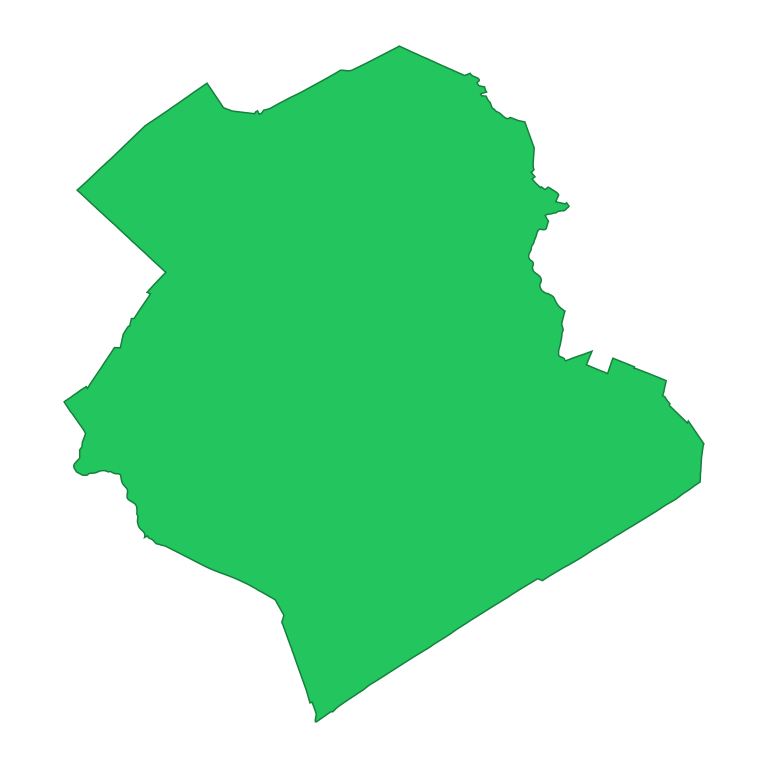 the district of Phung Hiep, Hau Giang, Vietnam
{"feature_id": "81297802B32262425524101", "entity_name": "Phung Hiep", "entity_type": "district", "adm_level": 2, "iso_a3": "VNM", "parent_name": "Vietnam", "parent_adm1": "Hau Giang", "projection": "orthographic", "projection_center": [105.705, 9.788], "detail": "fine", "context": "isolated", "style": "filled", "palette": "green", "viewbox_px": 768, "rotation_deg": 0, "n_neighbors": 0, "source": "geoboundaries", "source_scale": "gbopen_adm2", "svg_char_len": 6031}
<svg xmlns="http://www.w3.org/2000/svg" viewBox="0 0 768 768"><path d="M476.7,77.6L472.6,75.9L471.0,74.6L470.1,73.3L464.6,75.5L440.2,64.7L427.8,59.0L420.8,56.0L417.0,54.2L410.7,51.4L399.3,46.1L396.6,47.6L376.6,57.9L374.2,59.1L365.9,63.4L355.2,68.6L352.3,70.1L349.6,70.8L348.6,70.9L344.0,70.4L341.6,70.2L340.6,70.2L333.9,74.2L324.3,79.6L300.1,92.8L293.3,96.1L290.1,97.6L282.9,101.5L280.0,102.9L272.2,107.2L270.2,108.4L265.7,109.8L263.6,110.2L262.6,111.9L262.0,112.7L261.2,113.4L259.3,114.4L258.0,111.6L257.5,110.8L255.8,111.8L255.3,112.3L254.6,113.7L232.5,111.1L224.9,108.3L223.3,107.5L219.4,101.5L207.0,83.2L192.6,93.1L187.8,96.6L184.2,99.0L179.6,102.3L171.0,108.2L167.5,110.7L151.9,121.3L150.9,121.8L144.9,126.0L112.0,157.7L100.9,167.9L88.5,179.8L79.9,187.7L77.1,190.1L77.5,190.6L80.2,192.9L90.2,202.3L91.4,203.5L94.9,206.6L98.2,209.8L102.8,213.9L105.4,216.4L112.4,222.8L115.8,225.8L119.3,229.2L129.2,238.4L132.1,241.3L136.1,244.8L138.8,247.4L145.9,253.8L148.3,256.2L163.8,270.5L164.6,271.3L165.9,272.2L153.5,285.2L147.0,292.4L150.4,293.7L148.8,296.5L140.6,308.5L134.0,318.6L131.4,318.5L129.7,326.1L128.4,326.3L127.1,328.1L125.1,331.2L123.2,334.4L120.3,347.8L115.0,347.6L114.7,347.5L114.2,348.0L107.5,358.2L104.7,362.2L102.0,366.5L90.2,383.9L87.4,388.4L86.2,386.6L80.6,390.2L77.2,392.7L73.8,395.0L70.8,397.3L65.3,400.9L64.1,401.9L70.6,411.8L72.1,413.5L83.6,429.9L85.5,433.3L85.1,435.0L82.4,442.2L82.1,444.1L82.2,445.0L82.0,446.6L81.2,447.9L80.0,449.4L79.7,450.1L79.7,457.9L79.3,458.6L76.2,461.8L74.3,464.1L74.0,464.9L73.8,465.5L73.9,467.2L74.3,468.5L75.2,469.7L76.4,471.7L77.3,472.4L78.3,472.8L79.3,473.5L80.2,473.8L80.9,474.3L82.3,475.0L83.2,475.2L84.3,475.3L86.9,475.2L87.7,474.8L88.9,473.5L89.5,473.4L94.7,473.0L96.4,472.5L100.0,471.0L101.1,470.8L103.6,470.6L104.7,470.7L105.5,470.8L107.5,471.7L108.3,471.8L109.1,471.8L110.4,471.5L111.0,471.7L111.9,472.3L113.9,473.3L115.8,473.7L118.6,473.9L119.5,474.2L120.2,474.5L120.6,475.1L121.2,479.0L121.7,481.5L122.5,483.3L123.6,485.0L126.5,488.2L127.2,489.2L127.5,490.3L127.6,492.3L127.3,493.1L127.1,495.2L127.1,497.6L127.6,498.7L128.5,499.7L133.9,503.1L134.9,503.9L135.8,504.9L136.7,507.0L136.8,507.9L137.0,511.6L136.8,513.9L137.2,514.8L138.0,516.0L137.6,519.2L137.4,521.6L138.2,525.1L139.5,527.9L140.8,529.3L143.5,531.8L144.2,532.8L144.6,533.7L144.9,535.0L144.7,536.6L144.5,537.5L147.4,535.9L148.1,537.2L149.0,538.0L149.7,538.5L151.6,539.2L152.5,539.7L156.1,543.6L156.6,543.8L159.3,544.4L161.2,545.1L164.9,545.9L165.4,546.1L178.6,552.8L204.6,566.1L208.6,568.0L214.1,570.4L220.6,572.9L227.8,575.5L234.9,578.3L241.1,581.1L245.3,583.1L247.7,584.2L252.2,586.7L255.7,588.6L258.3,590.3L261.8,592.1L275.2,599.8L283.9,615.3L281.8,622.3L283.3,625.9L289.0,641.7L291.5,648.3L292.4,651.2L293.8,654.9L298.3,667.8L306.2,689.8L309.8,702.2L310.0,702.9L312.1,702.2L315.5,711.6L316.3,714.3L315.3,719.8L315.3,721.1L315.4,721.7L315.9,721.9L316.3,721.9L329.9,712.4L331.4,711.6L332.8,711.8L336.5,708.1L338.5,706.4L347.7,700.1L359.8,692.1L363.4,689.8L367.8,686.2L370.5,684.3L374.3,682.1L386.0,674.7L389.0,672.7L412.8,657.5L428.6,647.9L431.1,646.3L433.5,644.5L445.7,636.9L451.2,633.3L456.7,629.3L465.8,623.6L470.1,620.7L494.3,605.5L508.1,597.1L512.2,594.3L523.2,587.4L537.6,578.8L538.2,578.9L542.5,580.6L547.7,577.1L563.8,567.5L566.9,565.9L573.1,562.4L581.7,557.3L593.0,549.9L607.6,541.3L608.6,540.5L617.0,535.2L618.6,534.4L625.1,530.3L632.2,526.1L647.2,516.9L656.0,511.5L665.3,505.3L675.7,499.3L679.8,496.2L681.9,494.5L689.6,489.4L695.0,485.4L697.9,483.5L700.1,482.0L700.4,476.6L700.4,474.6L700.7,471.7L701.5,457.8L703.2,445.5L703.9,443.9L688.3,421.0L687.5,423.1L669.9,406.0L669.3,405.2L669.9,403.7L667.5,400.9L665.8,398.4L664.9,396.8L662.6,395.7L663.9,391.6L664.2,389.7L666.2,380.7L649.2,373.7L635.9,368.6L633.9,368.3L634.5,366.9L633.9,366.6L612.9,358.2L611.4,362.3L607.6,373.6L604.8,372.3L599.3,370.2L592.2,367.2L586.4,364.8L592.0,351.2L584.7,353.9L573.2,357.9L570.4,359.0L565.5,360.8L564.9,360.3L564.3,358.9L564.0,358.5L563.5,358.1L561.8,357.2L561.2,357.0L560.5,356.9L558.7,355.5L558.6,352.8L558.7,350.4L560.3,344.5L560.7,342.0L561.4,339.2L561.6,337.1L561.9,335.6L562.0,333.1L562.8,331.2L563.1,330.2L563.0,328.8L561.8,324.5L561.8,323.0L564.1,314.0L565.0,311.1L564.3,311.0L563.5,310.1L560.9,308.2L558.1,305.5L555.8,301.7L554.5,298.8L553.7,297.3L552.9,296.4L551.5,295.4L548.9,294.2L548.4,293.7L547.9,293.5L546.6,293.5L544.9,292.7L542.1,290.8L540.9,288.9L540.2,287.4L539.9,286.3L539.8,284.9L539.9,284.4L541.0,282.0L541.2,281.0L541.3,280.2L541.1,278.8L540.6,277.6L539.9,276.5L537.7,274.6L535.2,272.8L534.0,271.7L533.3,270.8L532.6,268.9L532.5,268.2L532.5,267.2L532.7,266.3L533.3,264.6L533.3,263.2L533.0,262.3L532.0,261.1L530.4,260.1L529.3,258.7L528.8,257.6L528.6,256.6L528.7,255.5L529.2,253.7L529.9,252.2L531.1,249.9L531.4,247.5L531.8,245.9L533.1,244.1L533.6,243.2L534.4,240.5L536.3,235.6L537.1,232.3L537.6,231.3L539.0,229.6L539.8,229.2L540.4,229.2L541.8,229.5L543.2,229.7L544.9,229.6L546.0,228.8L546.5,228.0L546.7,226.8L547.9,222.7L548.1,221.9L548.6,221.2L547.2,219.3L545.9,216.8L545.2,215.7L546.7,214.5L549.7,214.0L550.7,214.0L552.0,213.7L553.7,213.0L555.8,212.9L557.5,211.8L558.0,211.3L561.5,210.8L563.5,210.8L564.7,210.4L565.6,209.7L566.9,208.3L568.2,207.3L568.6,206.9L569.0,206.2L566.6,202.8L565.2,203.9L555.8,201.8L556.0,201.2L558.7,195.0L558.1,193.9L557.4,193.1L556.2,192.1L553.9,190.7L553.5,190.3L552.3,189.7L550.8,188.6L550.3,188.4L548.5,187.2L547.9,187.2L545.5,189.4L544.8,189.4L541.2,186.8L540.5,187.6L535.5,182.9L532.1,179.0L535.0,176.8L531.2,172.4L531.7,172.2L534.0,169.7L533.3,167.4L533.1,163.8L534.2,148.0L524.8,121.9L518.3,120.6L512.1,118.1L510.1,117.5L509.5,118.0L508.4,118.5L507.0,118.5L505.7,118.1L502.6,115.8L501.6,114.8L499.1,112.7L496.9,111.7L495.6,110.9L495.1,110.4L494.2,109.2L493.4,108.8L492.6,108.2L491.9,107.5L490.3,102.7L488.8,101.0L488.0,100.0L487.5,99.1L486.1,96.1L481.6,95.8L480.6,93.9L486.6,92.0L485.7,90.8L484.7,87.7L484.6,86.9L479.0,85.8L478.1,84.6L477.0,82.5L479.1,80.9L479.3,80.2L479.0,79.3L478.3,78.5L476.7,77.6Z" fill="#22c55e" stroke="#15803d" stroke-width="1.5"/></svg>